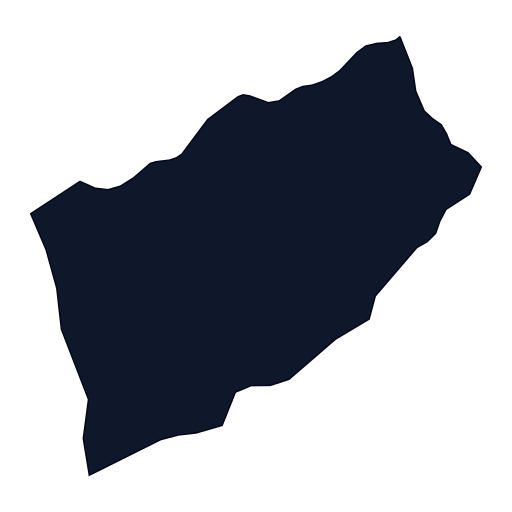 the Province of Rize
{"feature_id": "TUR-2301", "entity_name": "Rize", "entity_type": "Province", "adm_level": 1, "iso_a3": "TUR", "parent_name": "Turkey", "parent_adm1": "", "projection": "albers", "projection_center": [40.921, 40.922], "detail": "fine", "context": "isolated", "style": "filled", "palette": "ink", "viewbox_px": 512, "rotation_deg": 0, "n_neighbors": 0, "source": "natural_earth", "source_scale": "10m", "svg_char_len": 860}
<svg xmlns="http://www.w3.org/2000/svg" viewBox="0 0 512 512"><path d="M30.7,213.7L80.0,181.4L95.1,188.2L108.0,189.7L120.3,186.2L133.8,177.7L150.3,163.4L156.2,161.7L169.7,160.1L176.4,157.8L181.8,154.2L207.7,119.5L238.1,96.7L243.1,94.8L249.7,95.9L268.3,102.7L279.2,100.9L295.7,89.3L302.7,86.5L311.9,85.2L321.9,81.8L331.7,76.7L339.8,70.7L356.9,52.6L365.8,46.0L376.8,43.4L388.0,42.6L395.9,40.0L399.8,36.8L400.7,38.6L412.4,68.4L415.7,91.1L424.2,111.0L432.4,118.6L441.3,124.8L446.6,134.1L450.8,144.5L468.1,152.8L481.3,167.0L469.6,194.1L446.0,209.4L439.7,221.5L435.6,233.4L427.0,241.8L416.9,247.5L375.3,296.0L369.1,319.1L335.6,339.1L289.0,379.3L270.3,385.4L251.0,385.6L235.4,392.2L222.1,425.4L195.9,433.0L178.1,435.0L160.5,439.7L89.3,475.2L83.3,438.5L88.5,399.4L61.4,329.2L56.8,288.3L46.1,249.7L30.7,213.7Z" fill="#0f172a" stroke="#020617" stroke-width="1.5"/></svg>